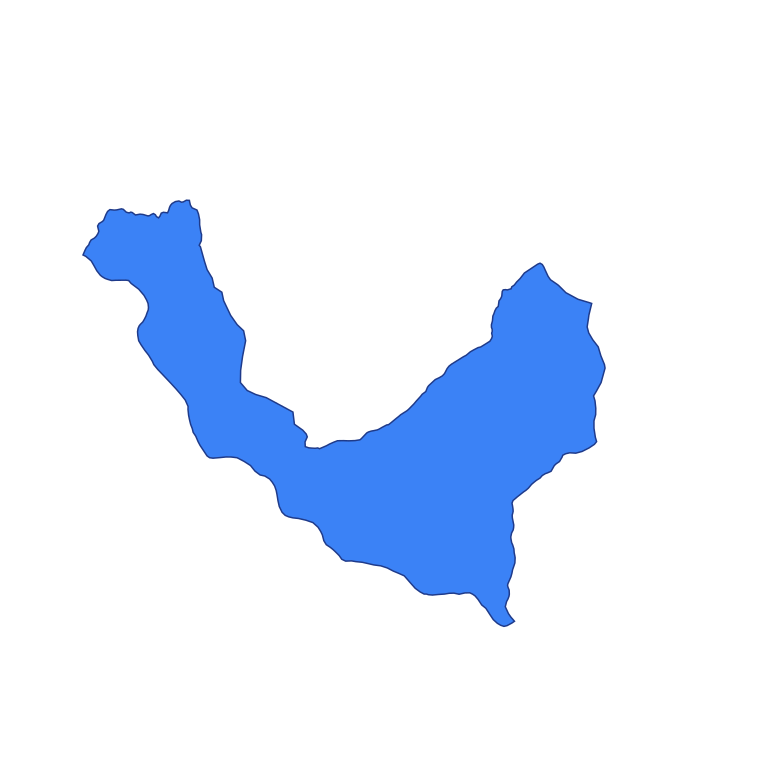 the district of Guma, Punakha, Bhutan, rotated 156°
{"feature_id": "84629894B46754889891029", "entity_name": "Guma", "entity_type": "district", "adm_level": 2, "iso_a3": "BTN", "parent_name": "Bhutan", "parent_adm1": "Punakha", "projection": "albers", "projection_center": [89.837, 27.577], "detail": "fine", "context": "isolated", "style": "filled", "palette": "blue", "viewbox_px": 768, "rotation_deg": 156, "n_neighbors": 0, "source": "geoboundaries", "source_scale": "gbopen_adm2", "svg_char_len": 4851}
<svg xmlns="http://www.w3.org/2000/svg" viewBox="0 0 768 768"><g transform="rotate(156 384 384)"><path d="M606.5,624.3L604.5,621.9L601.4,615.5L600.8,610.0L600.3,604.2L598.9,598.7L597.8,596.6L595.9,593.9L593.9,592.0L590.7,589.3L587.2,588.0L583.7,586.5L577.5,583.8L575.2,582.4L574.1,578.7L569.5,570.4L567.2,562.6L566.7,557.2L566.8,553.5L568.0,549.8L569.3,547.5L571.2,545.7L573.9,542.8L576.6,540.6L579.1,538.8L582.3,537.6L584.0,536.7L586.0,534.9L587.9,532.0L589.2,528.4L590.5,523.3L590.0,518.7L588.8,512.0L587.3,506.0L586.4,498.9L586.4,495.3L584.7,489.1L581.9,481.3L578.5,471.6L576.1,464.5L573.9,457.2L572.1,450.2L572.1,443.2L573.4,440.5L575.2,435.0L576.2,430.6L577.1,425.6L577.3,421.2L578.0,417.5L577.2,412.8L577.3,406.9L577.0,402.7L576.0,396.8L574.9,390.3L573.3,387.6L570.4,385.8L564.1,383.6L558.0,381.6L553.2,379.4L548.2,376.4L543.3,370.2L539.1,363.8L537.3,356.9L534.2,351.3L530.3,348.4L527.1,343.7L526.0,339.6L525.4,335.3L525.8,330.6L526.7,326.6L528.4,320.2L529.5,314.7L529.3,308.3L527.7,304.2L525.1,301.4L521.7,298.8L516.9,296.0L510.8,291.4L505.3,286.3L502.5,280.0L501.8,275.1L501.7,271.2L502.7,265.3L502.1,260.7L499.5,256.6L497.9,253.5L496.8,250.9L494.7,245.4L493.9,241.1L491.1,237.8L485.6,235.6L482.0,233.2L476.4,230.0L471.7,226.5L466.8,222.8L460.9,219.2L455.8,214.6L451.6,209.3L447.8,205.3L443.5,200.5L441.1,192.7L438.6,184.7L435.6,179.4L432.8,175.8L430.6,174.8L429.2,173.5L425.6,171.5L419.9,169.6L414.2,167.5L409.6,166.3L405.2,164.5L400.9,161.4L395.0,160.2L390.5,158.3L388.5,155.9L387.0,153.4L385.7,149.0L384.6,142.4L382.2,137.7L380.9,129.6L380.0,124.3L377.8,119.3L375.5,116.1L373.0,113.8L369.9,113.2L364.3,113.6L361.3,114.2L362.9,119.5L363.7,123.6L363.8,131.2L360.5,135.4L358.4,137.0L356.2,139.2L355.0,141.0L353.5,144.8L353.4,147.8L353.1,149.6L352.2,151.0L346.5,156.2L344.1,159.1L342.1,162.0L340.2,164.0L337.2,167.3L334.9,171.9L334.4,173.7L333.7,176.9L332.4,180.5L331.9,184.6L331.9,187.2L331.0,190.9L330.4,192.7L328.0,196.0L325.4,198.1L324.1,199.9L322.8,202.4L321.2,209.5L320.2,212.1L318.8,213.8L317.8,215.2L317.0,217.3L316.2,220.2L315.5,223.1L313.5,225.1L307.7,226.8L300.2,228.7L297.8,229.1L294.5,230.1L290.0,232.3L287.0,233.2L284.0,234.0L279.7,234.6L276.7,236.0L273.0,236.5L271.0,236.3L266.9,236.3L264.3,238.2L261.6,240.2L259.1,241.1L257.4,241.4L255.2,241.8L251.0,244.8L249.7,246.2L246.4,246.4L242.3,245.6L236.9,242.8L230.5,241.8L222.6,242.2L216.3,243.3L213.2,244.9L212.6,249.3L210.2,258.1L207.2,264.9L203.1,269.9L200.4,275.7L198.1,282.8L197.4,287.9L192.7,291.2L185.1,297.0L175.6,308.6L174.7,312.1L174.4,321.6L173.2,330.8L175.3,339.5L176.2,347.4L175.2,353.5L170.5,360.8L168.8,363.6L161.5,373.1L163.1,374.6L172.3,382.5L178.9,391.1L180.7,393.4L181.8,396.3L184.5,403.2L185.4,404.8L189.5,411.5L190.3,415.6L190.4,422.5L190.4,425.9L190.8,428.8L192.3,430.9L194.8,431.0L210.6,428.3L216.7,425.0L221.4,423.2L224.7,421.4L227.8,420.8L229.1,419.3L233.1,419.8L234.6,420.8L236.8,421.5L238.3,420.5L239.3,418.8L240.4,416.8L241.4,415.6L243.3,414.2L245.1,413.2L248.1,408.4L250.6,407.6L252.9,405.8L255.0,403.5L256.9,401.8L259.3,397.5L261.8,394.4L262.8,392.0L262.9,390.1L263.7,388.1L265.0,386.6L265.6,383.6L267.2,381.8L269.9,380.0L278.3,378.8L280.7,378.5L283.2,379.0L288.1,378.7L292.1,378.3L297.3,376.8L300.5,376.6L303.3,376.2L314.1,374.7L317.3,373.9L320.1,372.4L321.6,371.2L324.5,368.9L327.4,367.7L330.9,367.3L335.4,367.2L337.5,366.5L343.9,364.3L345.6,363.3L348.9,360.1L353.3,359.1L355.5,357.9L361.4,355.3L364.9,353.6L372.0,350.8L374.1,350.2L381.1,349.2L383.0,348.6L384.8,348.1L386.4,347.7L393.6,345.7L396.4,345.0L398.2,345.5L403.1,345.2L406.8,344.8L408.8,344.8L412.5,345.6L414.9,346.2L417.8,346.5L419.7,346.3L426.9,343.3L428.7,342.8L433.5,344.1L439.3,346.4L444.2,348.8L449.6,351.1L453.7,351.3L458.1,351.3L461.7,351.0L469.2,351.1L470.5,352.5L473.1,353.3L476.2,354.9L478.7,356.3L481.4,358.8L479.7,363.2L475.6,366.9L475.4,369.9L477.0,374.9L482.2,383.7L478.6,395.4L497.1,419.4L505.5,426.6L511.6,433.7L514.6,443.7L509.4,454.8L502.0,466.7L492.8,479.8L490.6,489.7L494.0,497.9L496.2,509.1L496.6,525.3L494.8,533.8L499.7,541.4L497.9,550.7L499.1,560.4L498.1,569.1L495.9,584.0L496.4,585.9L492.6,589.2L489.9,594.6L489.6,597.1L487.7,604.3L485.6,609.1L484.3,614.9L484.1,619.0L487.7,623.0L488.1,626.1L487.5,629.3L487.1,630.9L489.8,632.3L493.2,632.0L495.0,632.4L496.9,634.6L500.4,635.5L504.2,635.1L506.3,634.1L508.0,632.7L510.1,630.2L512.1,628.4L515.7,630.6L518.0,630.7L520.5,628.4L522.4,627.5L523.8,629.5L524.0,631.6L525.3,633.5L527.8,633.5L529.5,633.2L531.2,633.5L535.2,636.9L537.8,638.4L542.3,639.5L544.2,643.0L545.4,644.0L547.3,644.0L549.5,645.7L551.1,649.6L552.6,650.8L557.5,651.8L559.7,652.6L563.5,654.8L566.3,654.1L569.0,652.0L573.4,647.7L575.1,647.0L579.1,646.5L581.4,644.8L582.0,641.8L582.4,639.5L584.1,637.8L586.8,636.0L589.2,635.1L593.0,634.7L595.4,633.0L597.1,631.2L600.4,629.7L602.5,628.0L606.5,624.3Z" fill="#3b82f6" stroke="#1e3a8a" stroke-width="1.5"/></g></svg>